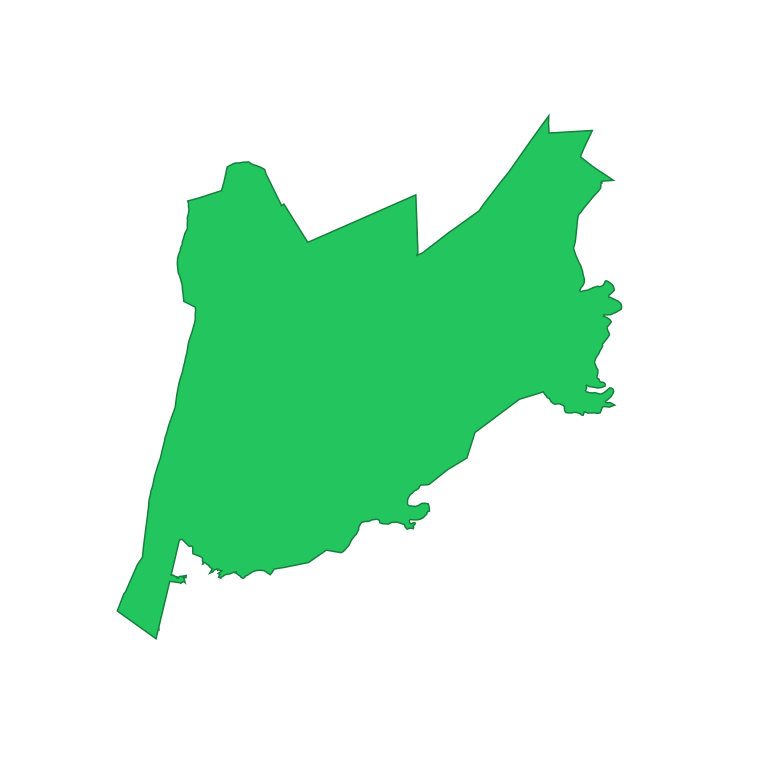 San Pedro Ixcatlán, Oaxaca, Mexico (Mercator projection), rotated 102°
{"feature_id": "50627088B26747164126633", "entity_name": "San Pedro Ixcatlán", "entity_type": "district", "adm_level": 2, "iso_a3": "MEX", "parent_name": "Mexico", "parent_adm1": "Oaxaca", "projection": "mercator", "projection_center": [-96.535, 18.166], "detail": "fine", "context": "isolated", "style": "filled", "palette": "green", "viewbox_px": 768, "rotation_deg": 102, "n_neighbors": 0, "source": "geoboundaries", "source_scale": "gbopen_adm2", "svg_char_len": 6156}
<svg xmlns="http://www.w3.org/2000/svg" viewBox="0 0 768 768"><g transform="rotate(102 384 384)"><path d="M661.5,597.7L680.6,554.0L671.0,553.8L671.2,553.0L670.0,553.3L668.4,553.7L628.3,552.7L621.7,552.6L621.2,548.1L621.0,544.2L620.8,542.2L621.3,541.4L620.2,540.6L618.9,538.8L619.7,537.2L615.4,539.5L614.6,537.4L612.4,537.6L613.5,540.4L614.4,539.8L614.8,541.2L614.1,542.0L614.6,543.6L615.6,544.8L616.7,544.6L616.9,546.0L616.2,545.9L615.7,546.2L615.6,547.0L615.9,547.4L615.1,549.5L615.2,550.4L614.7,550.7L615.2,551.7L615.2,552.5L579.3,551.7L577.8,549.4L582.1,542.7L582.8,541.9L583.2,541.0L582.5,538.4L583.3,537.4L583.9,536.9L585.4,536.7L589.7,535.7L591.2,526.5L591.8,525.4L592.6,525.1L594.0,525.1L595.9,524.1L595.9,523.3L597.9,524.0L597.9,523.7L596.0,522.7L596.1,521.3L597.4,519.6L597.5,517.7L598.8,517.1L600.7,513.4L601.6,513.8L605.2,515.1L603.8,513.2L603.7,512.7L601.3,511.4L600.2,509.9L599.4,508.2L600.7,507.9L600.2,506.7L600.4,503.7L603.9,506.8L604.5,505.0L607.3,505.6L607.9,503.2L606.8,503.2L606.0,501.9L603.6,499.8L601.9,495.6L599.3,491.7L598.4,488.8L599.7,491.3L599.6,490.2L599.9,488.9L600.7,487.5L601.8,484.7L602.8,483.7L603.0,482.7L603.4,482.0L603.0,480.9L601.9,480.1L600.3,479.1L599.2,477.6L598.1,476.6L596.7,475.2L595.2,473.7L594.3,472.2L593.2,470.7L593.1,470.1L592.1,467.4L591.5,462.8L592.3,460.2L592.9,459.1L594.2,455.7L592.3,454.6L587.8,452.9L584.1,443.3L574.3,420.7L558.5,405.9L557.9,390.8L556.7,389.4L555.8,388.6L555.0,388.2L554.0,387.4L551.9,386.4L550.3,385.3L547.9,384.4L546.5,384.2L541.7,382.7L540.0,381.7L538.6,381.2L537.1,380.0L531.5,378.5L530.4,378.8L528.2,378.7L524.2,377.3L523.7,376.5L522.3,373.6L521.9,371.7L521.3,369.9L519.2,367.2L518.5,364.8L517.9,363.9L517.7,363.0L518.1,360.7L518.7,360.0L520.5,359.3L521.0,356.4L520.5,353.8L520.1,350.5L518.8,349.0L517.7,347.6L517.1,344.8L516.5,343.7L516.4,342.8L517.2,334.8L519.4,333.6L521.2,331.1L519.5,328.6L519.4,325.2L518.2,325.1L516.7,326.0L514.9,324.6L513.6,324.5L513.3,325.6L513.8,326.8L514.7,327.8L515.3,329.1L513.4,330.6L512.4,330.7L511.5,330.6L511.0,329.5L511.0,328.5L510.8,328.0L510.6,325.8L510.4,325.2L510.0,323.2L508.3,319.7L507.5,319.1L506.6,317.7L505.1,317.0L503.3,315.7L502.0,315.0L500.9,315.4L499.9,314.7L498.9,313.1L494.7,314.4L492.1,315.7L492.1,318.9L492.9,322.2L494.6,323.9L495.6,325.1L497.2,327.6L497.3,329.2L497.7,332.2L498.0,333.3L497.6,335.0L497.1,335.6L496.2,336.1L493.5,336.7L490.8,336.7L489.2,336.3L486.3,335.0L484.6,333.4L483.0,332.5L481.6,331.4L480.9,330.1L480.1,329.6L479.2,328.4L478.1,328.3L476.5,327.9L475.4,327.2L474.9,326.1L474.7,325.1L474.3,323.9L473.7,321.0L472.7,318.9L454.6,304.0L439.1,287.5L412.5,284.9L370.8,248.4L358.6,226.5L360.9,224.3L362.1,222.7L363.5,221.4L363.8,219.3L366.8,216.6L367.8,214.5L368.3,212.5L367.4,210.5L366.9,208.4L367.2,206.3L367.8,204.1L368.9,202.7L371.1,202.3L372.7,201.5L374.1,200.1L374.0,198.0L373.2,194.1L372.3,192.5L371.9,190.3L371.9,188.1L372.2,186.0L373.2,184.5L373.2,182.7L369.5,182.3L370.1,178.3L369.4,176.3L369.0,174.1L368.5,172.3L368.4,170.2L368.0,168.0L367.0,166.4L363.0,165.9L360.9,165.4L360.2,163.7L359.8,158.9L356.7,153.9L355.1,159.0L356.1,162.3L355.9,163.4L354.6,163.8L353.9,162.9L352.4,161.6L348.9,159.2L344.7,157.8L343.3,157.8L342.0,158.5L341.1,159.5L340.6,161.0L340.9,162.2L341.4,162.9L342.6,163.9L344.1,164.7L346.8,167.1L348.5,169.3L348.9,170.3L348.8,173.5L348.5,175.8L349.1,177.1L349.8,180.8L349.7,181.6L349.5,184.8L348.5,185.6L345.8,184.9L344.4,185.6L343.2,185.8L343.2,184.8L343.8,182.9L343.4,173.7L342.5,171.3L341.8,169.8L340.2,167.4L338.1,167.6L337.2,168.7L336.7,170.3L337.1,172.3L336.5,173.5L335.0,174.4L334.3,175.1L334.1,176.4L333.1,177.2L330.9,177.2L328.6,177.1L325.6,177.8L324.4,179.0L319.4,182.5L317.5,182.6L314.9,182.2L312.4,181.4L309.5,180.2L305.8,179.4L304.4,178.8L301.7,178.0L299.2,178.6L298.4,177.8L296.6,177.1L292.8,175.1L289.7,173.8L287.8,174.0L285.8,175.8L282.4,177.7L281.4,177.4L280.6,176.8L276.0,174.5L273.9,176.6L273.0,179.0L272.4,181.6L271.8,183.5L270.8,183.3L270.0,180.2L268.7,175.8L267.2,174.5L266.2,172.6L261.4,167.4L258.9,167.7L256.7,168.5L255.4,170.2L254.2,172.2L252.9,178.1L252.2,180.8L252.5,182.0L250.6,182.6L248.5,180.8L246.4,179.4L244.3,178.2L242.4,179.1L240.7,180.0L239.4,181.4L237.6,185.0L236.9,187.1L236.8,188.4L237.7,189.1L239.6,189.4L241.5,190.0L243.1,191.5L244.0,193.4L243.9,195.5L245.1,197.2L245.9,199.0L249.8,204.2L250.7,206.7L251.6,208.4L252.8,211.0L251.8,212.0L249.3,211.4L245.7,209.7L242.7,209.2L239.4,210.0L235.8,211.9L232.3,213.3L227.2,216.3L224.2,218.8L217.6,223.5L211.7,226.9L208.7,226.6L205.5,226.5L201.5,226.8L180.3,229.1L177.6,228.7L174.6,227.0L170.0,224.9L166.4,223.0L162.2,220.8L156.2,217.7L153.3,215.9L150.3,214.1L147.2,212.8L143.0,213.5L141.7,213.5L141.9,212.7L140.5,213.2L139.6,210.7L137.1,202.0L131.8,215.0L130.9,217.7L127.4,226.1L127.1,226.5L121.0,239.1L111.3,237.4L92.7,232.9L104.2,274.7L95.1,277.2L87.4,278.6L113.8,290.3L150.9,306.1L162.6,312.0L186.5,323.5L195.0,327.1L219.2,349.1L222.0,351.8L247.9,373.7L251.2,378.5L248.1,378.2L192.4,392.2L261.3,488.0L228.8,519.3L230.9,521.2L203.1,543.0L199.0,545.3L197.7,549.5L197.0,553.8L196.4,559.0L194.9,562.4L196.3,567.9L197.9,571.7L198.8,575.5L200.7,578.3L202.2,579.9L204.3,582.5L218.2,582.5L228.6,583.1L240.0,602.8L245.8,614.1L248.0,612.7L251.0,612.2L254.4,610.9L256.7,610.8L259.9,610.8L262.3,611.0L264.8,610.2L268.9,609.6L273.0,608.6L278.0,610.1L281.8,610.3L287.2,610.8L289.6,610.4L291.2,610.9L294.2,611.3L295.8,611.0L299.4,611.7L302.7,612.0L304.2,612.0L308.7,611.3L311.0,610.7L318.0,608.4L320.1,606.8L322.0,605.8L323.5,604.8L326.3,603.5L327.9,602.5L331.3,601.3L333.7,600.8L336.2,599.7L344.8,597.0L348.1,584.5L351.7,583.5L354.9,583.2L359.5,582.1L364.6,582.0L367.9,582.3L373.0,582.6L382.3,583.7L385.4,583.8L395.4,583.3L399.1,583.6L404.7,583.5L409.3,583.7L413.9,583.7L425.3,584.7L438.5,584.4L450.5,583.4L457.1,584.4L461.3,584.9L469.3,586.0L478.4,586.4L478.9,586.7L482.6,587.0L485.0,586.8L494.0,587.2L502.8,587.3L511.5,588.4L521.1,589.1L524.2,589.2L529.9,589.1L534.1,589.3L535.7,589.6L537.8,589.7L541.0,589.5L546.0,589.7L555.0,588.6L559.5,588.3L561.6,588.0L573.2,587.1L590.9,585.6L597.0,585.0L603.5,584.2L612.1,587.7L641.0,593.6L643.2,594.8L661.5,597.7Z" fill="#22c55e" stroke="#15803d" stroke-width="1.5"/></g></svg>